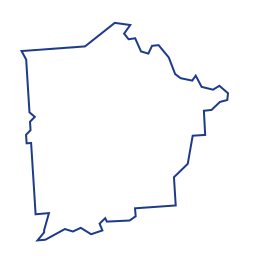 Talbot, Georgia, United States of America, rotated 356°
{"feature_id": "52423323B20787176465292", "entity_name": "Talbot", "entity_type": "district", "adm_level": 2, "iso_a3": "USA", "parent_name": "United States of America", "parent_adm1": "Georgia", "projection": "albers", "projection_center": [-84.515, 32.7], "detail": "fine", "context": "isolated", "style": "outline", "palette": "blue", "viewbox_px": 256, "rotation_deg": 356, "n_neighbors": 0, "source": "geoboundaries", "source_scale": "gbopen_adm2", "svg_char_len": 804}
<svg xmlns="http://www.w3.org/2000/svg" viewBox="0 0 256 256"><g transform="rotate(356 128 128)"><path d="M27.2,43.8L31.2,52.7L30.8,105.5L35.8,110.4L30.7,114.9L30.6,123.4L25.8,127.7L25.8,136.2L30.3,136.2L29.9,195.8L29.8,207.6L43.2,207.4L37.3,223.8L37.0,226.3L29.9,233.8L37.7,233.7L58.0,224.4L65.8,227.4L73.9,224.3L83.8,231.4L95.3,228.4L93.0,221.4L99.0,216.4L100.4,219.9L123.1,220.4L129.5,216.6L129.4,208.6L152.8,208.6L170.2,208.6L170.4,180.3L185.1,167.9L192.0,140.2L204.5,140.3L204.9,116.1L212.6,115.8L221.5,108.4L229.0,107.0L230.2,100.3L222.1,92.3L215.5,95.7L204.3,92.1L199.2,80.5L195.4,85.2L184.0,82.0L178.8,77.5L173.6,60.5L164.3,47.5L157.7,47.7L153.5,55.2L146.3,52.5L141.4,39.0L134.8,39.5L130.7,33.6L137.4,25.4L122.1,22.2L90.8,43.6L27.2,43.8Z" fill="none" stroke="#1e3a8a" stroke-width="2"/></g></svg>